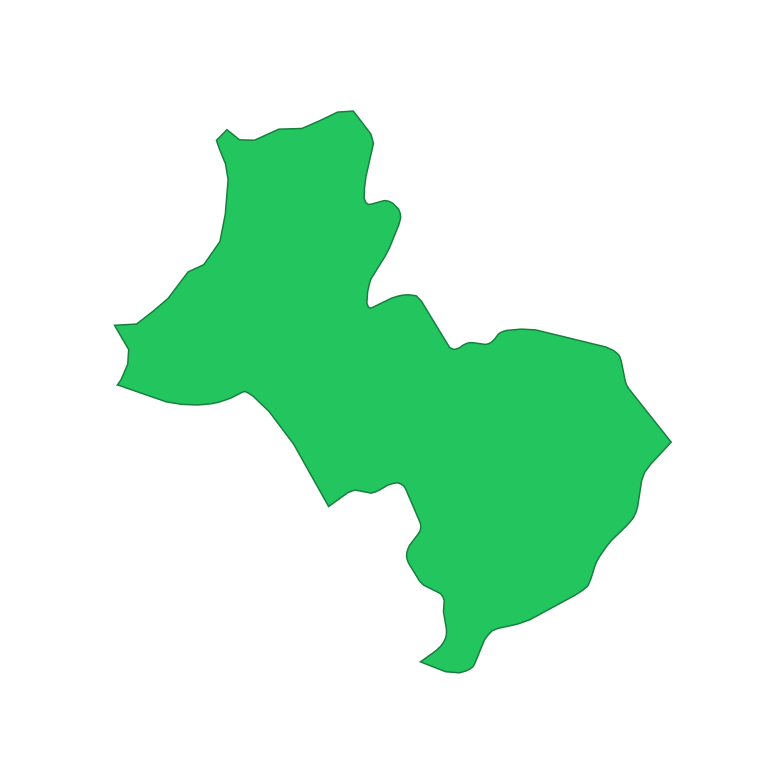 an SVG outline of Mahdia, rotated 221°
{"feature_id": "TUN-116", "entity_name": "Mahdia", "entity_type": "Governorate", "adm_level": 1, "iso_a3": "TUN", "parent_name": "Tunisia", "parent_adm1": "", "projection": "equal_earth", "projection_center": [10.61, 35.335], "detail": "fine", "context": "isolated", "style": "filled", "palette": "green", "viewbox_px": 768, "rotation_deg": 221, "n_neighbors": 0, "source": "natural_earth", "source_scale": "10m", "svg_char_len": 2184}
<svg xmlns="http://www.w3.org/2000/svg" viewBox="0 0 768 768"><g transform="rotate(221 384 384)"><path d="M584.6,208.4L585.2,214.4L590.4,230.8L599.3,242.5L625.9,251.5L610.1,266.9L606.0,287.6L603.1,306.8L605.4,340.2L598.3,355.9L601.3,383.9L615.1,407.9L635.7,435.9L647.8,446.0L662.3,453.4L670.3,457.9L669.4,472.9L653.2,473.5L641.7,483.0L630.6,507.3L613.6,523.0L605.4,540.2L597.4,558.8L586.3,569.8L585.5,569.7L558.1,564.1L549.8,558.7L533.6,528.5L527.4,519.3L520.8,511.1L516.7,509.0L513.6,509.2L511.4,511.7L504.1,522.7L500.7,524.9L496.1,526.2L487.9,525.6L483.5,523.3L480.3,520.2L477.2,513.7L469.2,490.4L467.1,481.8L462.7,454.5L460.6,449.8L457.0,443.1L450.0,433.8L446.3,431.8L443.7,432.5L434.6,453.7L430.9,459.8L428.7,462.7L426.1,465.5L423.4,467.9L417.6,471.7L410.2,471.1L358.5,454.6L356.1,455.1L353.7,456.2L352.2,458.2L350.9,460.6L349.6,465.8L348.4,468.5L346.8,471.1L344.2,473.4L333.4,480.4L331.7,482.7L330.5,485.3L330.1,488.2L330.0,491.1L330.4,496.3L330.1,498.0L329.5,499.8L328.3,502.3L326.4,505.1L316.5,515.4L305.1,524.3L240.6,557.6L232.5,559.9L228.0,560.1L224.6,559.6L219.9,556.9L203.6,544.3L200.7,542.6L195.9,541.0L129.1,528.5L130.1,499.0L129.4,488.9L128.5,486.0L126.2,480.2L112.4,458.3L109.8,452.9L108.3,447.7L107.9,445.3L107.9,443.7L107.9,436.4L109.7,415.2L109.5,407.5L108.1,395.0L106.9,389.3L105.1,384.2L100.4,373.6L98.4,367.7L97.7,364.9L98.7,358.9L101.2,350.1L119.2,302.0L125.7,290.4L137.8,274.1L140.5,268.6L140.8,262.9L140.4,257.1L131.8,231.7L131.4,228.7L132.2,225.1L133.8,221.3L137.6,215.5L148.7,207.3L174.2,198.2L169.9,216.4L169.2,222.7L169.4,226.7L170.2,230.7L171.6,234.3L173.7,237.3L176.0,239.9L189.7,251.1L196.5,260.1L199.7,261.9L203.8,262.9L222.1,258.2L227.5,258.5L247.9,264.9L251.2,266.6L254.0,268.8L256.1,271.7L257.7,275.1L258.9,279.1L259.8,293.3L260.7,297.5L262.7,300.6L265.4,302.9L299.0,319.1L302.5,320.0L306.0,319.5L309.3,318.1L312.2,314.5L314.9,309.9L317.8,301.2L319.6,297.0L322.1,293.2L336.3,285.0L338.8,280.7L340.1,278.0L345.4,255.2L412.7,279.3L452.4,287.8L474.2,288.9L480.0,288.3L484.1,287.1L485.6,284.8L490.5,272.6L496.9,261.6L501.7,255.4L510.9,245.9L523.5,235.8L536.6,227.7L584.5,208.5L584.6,208.4Z" fill="#22c55e" stroke="#15803d" stroke-width="1.5"/></g></svg>